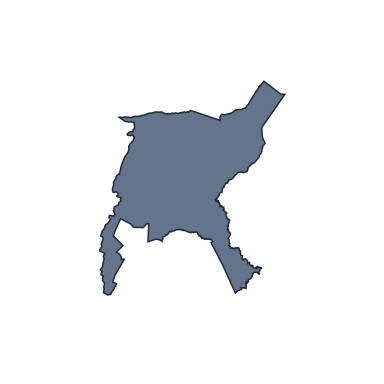 Masaiti, Copperbelt, Zambia (Robinson projection), rotated 217°
{"feature_id": "96606910B87020590647468", "entity_name": "Masaiti", "entity_type": "district", "adm_level": 2, "iso_a3": "ZMB", "parent_name": "Zambia", "parent_adm1": "Copperbelt", "projection": "robinson", "projection_center": [28.591, -13.342], "detail": "fine", "context": "isolated", "style": "filled", "palette": "slate", "viewbox_px": 384, "rotation_deg": 217, "n_neighbors": 0, "source": "geoboundaries", "source_scale": "gbopen_adm2", "svg_char_len": 6054}
<svg xmlns="http://www.w3.org/2000/svg" viewBox="0 0 384 384"><g transform="rotate(217 192 192)"><path d="M241.9,256.4L242.7,254.8L242.6,253.7L244.1,253.4L244.7,251.8L246.1,251.5L247.1,250.4L247.4,249.3L248.3,249.2L248.5,248.5L249.3,248.1L249.8,247.0L250.9,246.1L252.9,245.1L253.0,244.7L254.2,243.6L255.3,243.2L255.8,242.0L258.2,239.7L258.7,239.9L260.6,238.4L261.8,238.2L261.9,237.7L264.7,237.6L265.2,236.6L265.5,236.8L267.5,235.0L268.2,234.9L270.0,233.1L272.1,230.4L273.5,229.3L274.0,228.3L274.3,228.3L275.6,225.8L277.2,223.7L278.6,222.6L279.1,221.5L279.9,220.8L280.0,220.2L281.2,219.6L281.9,218.6L282.6,218.6L283.2,217.7L283.9,217.5L284.5,215.8L284.8,215.8L285.4,214.6L286.9,214.1L289.1,212.5L290.2,212.2L292.5,209.5L294.8,208.4L295.2,207.8L288.1,208.2L284.5,209.9L283.2,211.4L281.6,211.7L280.3,212.8L277.4,209.8L275.9,207.7L276.6,206.5L275.3,204.2L277.2,203.4L278.3,201.7L278.6,199.6L278.4,198.9L277.6,198.6L276.4,199.1L274.8,200.1L274.7,201.2L273.8,201.6L270.7,200.9L270.3,200.1L270.7,199.4L270.0,198.4L269.7,196.9L270.3,195.8L269.9,195.4L270.4,193.4L270.3,191.4L269.8,189.9L268.3,188.5L267.6,187.4L266.8,183.4L266.8,179.5L265.6,175.0L264.2,170.2L261.7,164.8L261.5,163.5L260.6,162.7L261.5,161.7L261.9,160.0L261.7,158.3L260.8,157.1L260.9,155.5L260.5,152.4L258.7,150.3L257.7,147.0L255.8,144.7L254.6,144.3L253.4,145.3L253.0,146.4L250.8,146.7L249.5,145.5L249.8,143.9L249.4,143.4L247.9,143.4L246.8,144.3L245.1,144.8L244.5,142.5L243.1,142.2L243.9,140.1L243.8,138.8L242.9,137.7L245.1,133.3L243.5,129.8L242.2,128.9L241.1,128.9L240.0,127.5L239.7,125.5L240.5,125.7L241.0,125.0L242.0,124.8L243.7,123.8L243.8,123.3L242.7,121.5L241.3,121.6L240.8,121.1L240.4,118.6L240.5,115.3L241.1,114.5L240.9,112.0L240.1,110.3L240.2,106.5L239.7,106.0L238.4,101.8L236.1,102.3L234.7,101.0L233.1,95.8L231.3,94.0L230.7,89.7L230.3,89.4L224.3,90.4L224.5,88.8L223.8,86.8L222.1,86.0L218.4,77.7L218.3,76.6L218.7,75.1L217.9,74.6L216.3,74.6L215.0,71.2L213.5,71.0L212.1,71.4L211.8,69.6L210.5,68.0L209.2,67.1L208.1,67.1L206.8,66.3L205.3,62.9L203.7,61.6L202.0,58.2L200.6,58.8L197.7,58.8L195.8,60.7L195.5,61.4L195.9,61.2L195.9,68.0L196.6,69.2L196.3,70.7L197.0,73.2L201.1,72.4L203.4,79.2L205.6,97.5L206.8,97.0L207.9,95.7L209.4,97.4L211.2,98.4L213.2,98.8L216.1,98.7L214.8,107.6L228.5,109.6L230.8,117.8L232.9,127.6L221.6,129.6L219.9,129.0L217.1,128.8L211.8,132.8L209.9,133.8L209.4,134.8L209.1,138.7L208.5,139.8L207.4,140.5L197.2,125.8L192.3,132.8L189.3,134.2L186.3,134.6L187.2,135.3L186.8,136.0L187.0,137.0L188.2,137.6L188.1,139.0L186.9,140.0L186.8,140.8L187.1,141.4L186.8,141.4L186.5,142.7L186.1,142.8L185.8,143.6L186.0,144.1L185.8,144.8L186.4,146.0L185.5,147.3L184.7,147.4L184.7,148.2L184.2,148.5L184.4,149.0L182.8,150.2L182.7,151.3L182.2,151.6L182.1,152.2L180.2,153.9L179.4,154.3L179.2,154.8L178.5,154.9L178.1,155.5L176.6,155.5L176.2,155.8L176.0,156.6L175.4,156.4L174.4,157.0L172.8,157.2L172.3,157.7L170.7,157.7L170.3,158.3L168.4,158.7L168.2,160.1L167.5,160.0L166.7,160.8L166.2,160.6L165.9,161.4L164.3,162.7L163.2,162.7L162.1,161.8L160.1,161.8L159.8,161.3L158.9,162.1L158.4,161.3L157.0,161.3L156.6,161.0L156.0,161.8L155.8,161.5L153.2,162.0L153.1,162.5L151.7,163.1L151.4,164.1L150.5,164.1L150.1,164.8L149.4,164.9L149.3,165.3L148.8,165.5L148.6,165.1L147.5,165.6L146.1,165.4L145.8,164.7L146.3,163.2L145.9,163.2L144.3,161.8L143.8,161.9L122.2,151.4L96.5,137.4L95.9,140.9L93.8,144.0L95.2,145.2L93.9,145.7L92.6,146.9L90.8,147.4L92.2,149.9L93.9,150.8L94.0,151.6L93.2,151.8L93.1,152.3L94.4,152.2L94.8,153.1L93.7,153.3L92.9,154.4L94.1,155.4L94.2,156.1L93.4,157.0L92.9,159.5L93.2,161.1L93.9,161.4L94.2,164.9L92.5,166.7L90.7,166.9L89.3,166.6L88.8,166.9L89.3,167.8L90.1,167.8L90.6,168.5L90.4,169.7L91.3,171.3L90.6,172.8L91.2,173.2L93.4,172.2L95.0,171.9L95.2,171.1L94.8,170.9L94.7,170.2L94.1,170.3L94.2,169.9L94.6,169.5L95.7,169.6L96.0,169.0L97.4,168.3L98.4,168.8L99.2,169.9L99.5,169.8L99.3,169.3L99.9,169.4L99.8,169.0L100.8,168.4L102.2,168.8L103.6,170.2L104.5,168.5L106.0,170.4L108.5,170.7L109.1,170.7L110.3,169.6L109.9,169.1L110.0,168.7L110.9,168.3L112.2,169.1L113.4,171.5L115.1,170.9L115.8,171.8L116.4,172.0L117.6,173.9L119.4,174.0L120.0,174.9L120.9,175.4L121.6,175.4L122.7,174.4L122.9,173.9L122.5,173.6L122.9,173.0L124.0,173.3L124.2,172.1L125.0,171.9L125.3,171.5L125.9,171.9L127.5,170.2L128.4,171.5L129.0,171.1L129.5,171.5L129.6,172.0L130.1,172.1L130.4,171.8L130.7,173.6L131.5,173.5L132.1,174.8L133.9,176.3L135.2,176.5L135.6,180.9L136.6,182.2L137.3,182.0L137.6,182.5L138.4,182.3L139.3,182.7L140.5,184.1L140.7,183.9L140.5,183.2L141.0,183.2L141.0,183.8L142.1,184.4L142.2,186.1L142.7,186.3L142.6,186.6L143.7,187.9L143.8,189.2L145.0,191.6L144.9,192.2L146.9,192.2L148.0,191.8L148.4,192.6L149.0,192.7L149.8,193.4L150.7,193.5L151.7,195.1L151.5,195.8L151.7,196.2L152.9,195.8L153.1,196.2L156.2,196.4L156.4,196.8L156.0,197.6L157.3,198.3L157.6,199.0L158.2,198.4L159.1,198.2L160.0,198.9L160.2,197.8L160.6,197.9L161.3,197.4L161.5,198.3L163.5,199.8L163.9,199.9L164.5,199.3L165.1,199.3L165.3,200.7L165.9,200.8L166.4,200.2L167.2,200.6L167.4,200.0L167.1,199.5L167.5,199.1L169.0,200.0L168.0,202.6L168.5,203.7L168.3,206.3L169.3,207.1L169.4,207.7L168.4,209.3L167.9,209.5L168.4,210.1L168.4,211.0L169.9,212.9L169.6,213.2L169.9,213.8L169.3,214.8L169.6,215.5L170.2,215.8L169.9,216.4L170.4,218.6L169.9,219.1L170.1,219.5L169.0,220.5L169.7,222.5L169.4,223.1L169.9,223.8L168.1,226.0L167.6,228.4L167.7,231.0L167.3,231.6L167.5,232.4L167.2,232.6L167.3,234.1L166.6,235.6L165.3,237.0L164.6,237.2L164.6,237.6L162.3,238.6L160.5,241.4L160.7,242.9L161.9,245.5L161.1,250.6L160.3,251.7L159.7,253.8L159.4,260.1L160.3,262.3L160.2,265.0L160.7,266.4L161.6,267.5L162.2,269.7L163.1,270.9L162.9,274.3L163.2,275.2L166.7,276.7L169.2,278.7L170.7,280.2L175.1,285.6L176.6,325.8L177.5,325.4L178.0,324.7L178.7,324.8L179.1,324.0L179.7,323.6L201.3,323.7L201.2,317.8L201.9,317.8L201.9,316.1L201.3,316.1L201.3,310.3L200.1,298.1L199.6,296.2L200.1,293.7L199.8,291.6L202.6,287.2L203.8,286.5L206.7,283.5L207.4,280.0L209.2,277.0L211.2,275.0L212.0,273.5L215.0,271.9L214.8,268.6L212.5,266.2L241.9,256.4Z" fill="#64748b" stroke="#1e293b" stroke-width="1.5"/></g></svg>